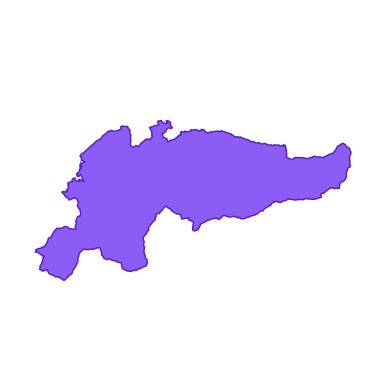 outline of Albesti, Mures, Romania, rotated 264°
{"feature_id": "2599482B11453022019549", "entity_name": "Albesti", "entity_type": "district", "adm_level": 2, "iso_a3": "ROU", "parent_name": "Romania", "parent_adm1": "Mures", "projection": "albers", "projection_center": [24.86, 46.242], "detail": "fine", "context": "isolated", "style": "filled", "palette": "violet", "viewbox_px": 384, "rotation_deg": 264, "n_neighbors": 0, "source": "geoboundaries", "source_scale": "gbopen_adm2", "svg_char_len": 6012}
<svg xmlns="http://www.w3.org/2000/svg" viewBox="0 0 384 384"><g transform="rotate(264 192 192)"><path d="M180.2,338.8L184.3,339.8L185.4,340.5L186.5,341.8L186.9,344.0L189.5,346.4L191.0,347.0L195.4,347.7L199.0,349.3L199.8,350.0L200.7,352.2L202.8,352.0L210.5,352.3L213.7,354.0L214.7,354.1L218.9,353.2L220.8,350.8L222.0,349.7L223.1,349.3L224.5,347.6L224.3,345.8L222.0,341.4L218.1,338.7L215.9,336.0L215.2,333.2L212.9,326.9L212.4,326.7L213.0,323.9L213.6,322.6L213.8,319.2L214.9,317.3L213.8,314.3L213.1,309.9L214.4,306.4L215.5,298.2L215.2,297.4L214.1,296.0L214.0,294.3L215.6,291.3L216.9,289.6L220.8,290.2L227.8,289.8L228.5,289.7L228.5,288.9L229.5,288.1L229.1,287.5L228.4,287.6L228.1,286.7L228.6,285.7L228.6,284.0L229.3,283.8L230.3,278.7L229.7,276.9L230.7,275.4L230.4,274.6L230.6,273.4L232.8,269.2L232.4,265.9L234.1,263.8L233.8,261.0L234.8,260.1L235.2,258.3L236.0,257.5L235.7,255.7L237.0,254.7L238.4,252.7L238.4,251.3L239.1,250.5L241.1,246.3L241.6,245.9L241.3,245.2L242.0,243.8L242.1,241.7L242.8,239.6L244.1,239.0L244.4,237.7L245.8,236.7L246.0,235.6L246.8,234.5L247.2,232.9L248.1,231.7L248.2,230.9L248.9,230.3L249.1,228.7L249.8,227.4L249.1,226.1L250.0,223.8L249.7,222.6L249.9,220.5L249.5,217.0L249.9,216.2L249.1,214.9L248.9,213.9L250.4,211.6L251.3,211.4L253.0,209.6L252.9,208.9L252.4,208.6L253.2,207.7L252.1,207.1L252.2,206.4L251.9,205.6L253.2,203.5L252.9,203.0L253.9,201.1L253.5,200.7L253.3,199.8L254.0,197.9L253.8,197.2L253.4,196.9L252.7,197.1L252.8,196.4L252.3,195.8L252.8,192.8L252.6,192.1L253.2,191.3L252.0,190.6L252.9,189.2L253.0,187.4L252.7,187.0L251.7,187.2L250.7,186.6L250.3,187.2L250.0,187.1L250.1,185.7L246.1,179.9L246.0,177.7L245.5,175.6L244.4,173.7L245.5,172.9L247.6,172.5L249.5,169.2L252.8,168.5L253.3,169.0L253.7,170.4L254.2,171.2L255.7,172.7L257.1,173.3L257.9,174.7L258.2,175.9L257.2,178.2L258.0,179.0L258.7,179.1L260.8,177.0L262.0,177.9L263.2,177.9L265.5,175.5L265.4,173.8L264.5,173.9L263.8,174.8L263.3,174.7L262.8,172.5L263.8,170.6L266.4,168.7L265.8,165.2L262.4,166.0L261.0,158.5L260.4,156.6L257.7,157.5L256.8,158.4L252.6,158.0L251.4,158.5L250.6,157.5L248.3,155.7L248.9,154.9L249.4,153.2L249.0,151.0L246.5,147.9L246.2,146.6L242.7,143.9L243.9,141.5L242.8,137.9L243.6,136.7L245.4,135.6L249.8,136.6L252.2,136.5L254.4,137.1L257.8,136.3L260.2,136.8L262.0,135.3L263.2,135.1L264.0,134.5L263.9,133.8L264.2,132.7L264.2,131.1L265.0,129.4L264.1,127.9L262.0,128.2L260.9,124.8L260.9,123.6L260.2,121.1L261.5,119.1L261.4,117.3L260.7,115.6L261.2,115.0L259.3,112.7L257.0,108.8L254.6,107.0L252.5,102.1L242.7,88.7L240.9,85.6L239.9,84.7L238.8,84.5L237.4,85.9L235.2,85.2L234.4,86.2L233.3,88.4L231.7,85.7L232.6,84.3L229.7,83.2L229.4,83.9L229.6,85.1L229.3,85.3L227.2,84.3L228.5,83.7L228.5,83.4L226.9,83.2L226.1,82.4L225.5,82.6L224.1,81.8L223.8,81.1L222.5,80.2L222.3,79.3L221.5,79.1L219.6,79.6L219.3,80.5L219.4,81.3L220.2,81.5L221.3,82.9L214.0,85.6L214.9,84.2L214.9,83.5L216.1,82.7L216.1,81.7L216.4,80.9L215.9,80.5L214.3,81.2L214.4,79.8L215.8,77.3L216.5,77.5L218.2,76.9L217.9,75.9L218.0,75.3L216.6,74.1L215.0,74.2L215.3,73.2L214.8,72.8L214.3,71.4L214.5,70.2L214.4,69.9L213.3,69.6L212.7,70.1L211.8,69.3L210.5,69.6L207.9,69.1L205.9,67.8L207.0,67.7L205.4,66.4L205.3,65.5L206.1,63.3L205.2,62.6L202.7,64.7L201.4,65.1L198.3,68.6L196.9,69.0L198.2,73.8L197.9,75.9L197.6,76.4L193.3,78.0L190.2,76.5L187.5,77.7L186.8,78.5L183.3,79.0L180.6,78.8L180.1,78.2L179.4,75.7L176.9,74.2L175.9,74.1L174.6,73.3L172.6,73.7L170.2,72.3L167.1,72.6L167.4,70.0L168.2,67.8L168.4,66.1L169.8,64.9L170.8,63.0L170.7,60.8L169.5,58.8L169.8,57.8L169.5,56.5L169.7,56.0L169.6,55.0L170.2,54.2L169.3,53.0L168.4,52.5L168.4,51.7L167.3,50.7L162.9,47.6L161.6,47.2L161.4,45.1L160.7,44.3L156.5,42.4L152.9,39.1L152.7,37.3L152.0,36.2L151.8,33.7L151.1,31.1L148.9,29.9L147.3,33.5L145.8,34.7L145.4,35.5L144.9,35.9L144.7,36.6L143.7,37.0L143.9,37.8L143.5,38.2L140.6,36.4L139.4,36.2L135.9,34.6L134.0,33.0L133.0,33.3L131.0,32.4L129.7,34.6L128.9,35.1L129.9,39.8L126.5,40.9L124.7,42.9L123.5,45.8L122.0,47.1L121.9,48.1L121.0,50.9L118.8,54.0L117.6,55.1L117.7,56.2L119.9,58.8L120.4,60.0L122.0,61.2L122.5,62.9L124.1,64.5L126.6,65.3L128.7,67.5L135.1,71.4L138.2,71.5L139.5,72.4L142.7,73.5L146.4,77.8L145.5,83.2L145.8,84.7L145.3,86.5L145.7,89.8L146.5,91.9L146.1,93.3L146.4,94.6L141.6,95.7L139.0,95.5L137.6,96.6L135.1,97.7L133.6,100.8L134.4,101.9L134.5,102.7L133.6,103.4L132.4,105.6L131.7,108.2L130.1,110.4L128.9,114.2L123.6,114.7L122.6,115.6L120.3,119.3L119.4,122.8L120.0,125.5L120.1,129.0L121.1,130.7L121.4,133.0L121.8,134.2L122.5,134.8L122.8,136.7L123.5,138.9L126.4,140.3L127.7,140.0L129.6,140.2L131.5,138.6L133.6,138.8L135.3,138.1L138.6,138.0L142.0,139.2L142.7,138.6L144.7,138.3L147.7,139.3L149.1,138.6L151.7,138.5L154.5,141.3L154.7,141.9L157.7,143.7L158.4,145.0L160.9,145.0L162.6,146.2L166.7,150.3L167.7,152.1L170.7,153.1L171.3,153.7L172.8,153.7L174.2,155.2L174.3,157.4L176.2,159.1L177.4,160.9L178.6,161.7L180.7,164.5L180.3,165.3L179.3,165.8L178.5,166.8L178.4,167.7L177.7,168.1L177.4,168.9L174.7,170.3L174.4,171.2L172.8,172.9L172.6,173.6L171.8,174.7L170.8,178.2L166.3,179.0L166.5,186.0L165.5,185.7L164.6,185.9L162.7,189.6L161.5,190.2L154.8,188.6L153.7,189.1L153.0,190.3L153.9,194.1L159.1,197.3L160.3,200.0L161.0,202.4L162.3,204.6L162.4,206.9L163.2,208.1L163.4,213.9L162.0,215.5L161.9,216.1L163.2,217.9L163.3,218.5L165.2,220.3L165.2,221.3L165.0,222.4L163.9,224.5L163.9,225.3L163.1,226.6L163.1,228.5L163.4,229.7L163.2,231.8L163.0,232.6L162.1,233.5L161.4,235.9L161.6,236.7L160.3,238.0L160.3,238.8L159.9,239.4L160.4,240.7L160.1,241.3L160.4,242.0L160.2,242.6L160.8,243.1L161.3,244.6L161.0,245.4L161.8,248.1L162.3,248.7L162.1,250.3L162.8,252.8L163.4,253.6L163.4,254.9L166.3,258.2L165.8,259.6L165.8,260.7L167.7,262.1L170.9,269.3L171.7,269.7L173.3,271.6L173.4,272.7L173.9,273.5L173.8,275.1L172.4,277.8L172.3,279.0L173.6,281.9L173.6,283.7L175.0,287.3L173.2,293.9L173.4,297.5L172.8,301.8L173.3,303.3L173.4,304.8L171.9,312.6L173.3,320.1L176.6,319.9L177.2,323.0L181.2,329.1L181.6,332.1L180.3,334.2L180.7,335.9L180.3,337.2L180.2,338.8Z" fill="#8b5cf6" stroke="#5b21b6" stroke-width="1.5"/></g></svg>